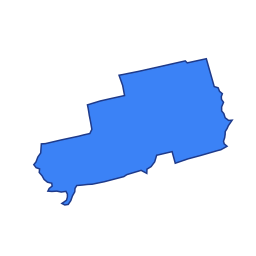 the district of Sapiranga, Rio Grande do Sul, Brazil, rotated 71°
{"feature_id": "56859067B79456883934450", "entity_name": "Sapiranga", "entity_type": "district", "adm_level": 2, "iso_a3": "BRA", "parent_name": "Brazil", "parent_adm1": "Rio Grande do Sul", "projection": "equal_earth", "projection_center": [-50.982, -29.624], "detail": "fine", "context": "isolated", "style": "filled", "palette": "blue", "viewbox_px": 256, "rotation_deg": 71, "n_neighbors": 0, "source": "geoboundaries", "source_scale": "gbopen_adm2", "svg_char_len": 1219}
<svg xmlns="http://www.w3.org/2000/svg" viewBox="0 0 256 256"><g transform="rotate(71 128 128)"><path d="M176.7,94.8L176.7,81.4L177.6,68.7L178.5,50.8L178.8,47.3L177.5,40.3L174.3,42.2L171.6,42.0L168.7,39.8L165.8,38.3L163.0,37.2L160.8,34.5L158.5,32.4L154.5,27.0L153.6,30.4L150.0,32.8L145.5,32.7L142.4,33.9L138.5,32.6L134.8,29.3L131.4,30.3L128.6,29.5L126.3,27.6L123.2,29.5L119.3,29.7L116.9,33.0L88.0,31.4L85.7,50.8L83.2,52.0L77.9,99.6L75.2,119.3L86.1,119.2L96.2,120.7L94.6,134.5L93.4,145.4L92.9,158.8L96.6,159.3L100.2,159.9L103.5,160.5L110.0,161.4L117.5,162.6L120.8,165.9L120.1,172.1L119.7,177.3L118.7,185.4L117.5,195.3L115.9,211.1L114.8,215.1L123.2,218.7L126.1,222.7L130.1,226.0L132.0,229.0L135.6,227.8L137.9,224.9L141.1,226.4L145.2,224.8L149.3,224.1L153.0,221.8L155.4,218.1L158.2,218.6L159.5,222.2L161.6,224.3L163.2,220.7L164.5,215.9L166.8,212.0L167.7,207.3L170.7,206.8L173.6,207.8L176.3,209.7L177.8,215.1L180.2,212.8L180.8,209.4L178.0,205.7L174.1,202.6L171.0,199.1L167.9,197.8L165.7,195.2L167.1,189.6L168.2,184.6L169.5,180.1L171.1,167.7L172.6,147.8L171.7,144.2L172.3,129.4L177.0,125.0L173.1,123.5L172.0,118.7L168.7,113.8L163.1,109.8L164.7,94.0L176.7,94.8Z" fill="#3b82f6" stroke="#1e3a8a" stroke-width="1.5"/></g></svg>